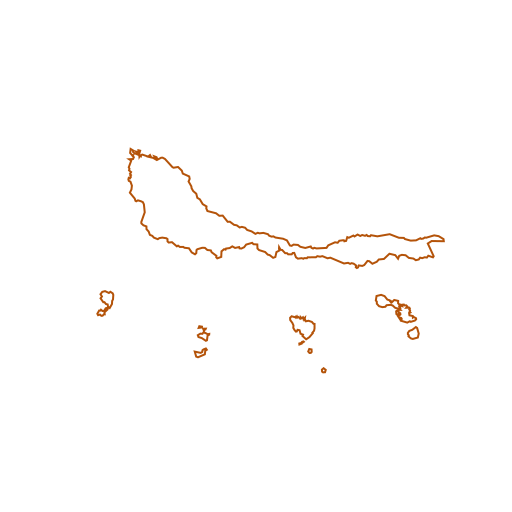 outline of Namatanai District, New Ireland, Papua New Guinea, rotated 145°
{"feature_id": "67681753B4611744074236", "entity_name": "Namatanai District", "entity_type": "district", "adm_level": 2, "iso_a3": "PNG", "parent_name": "Papua New Guinea", "parent_adm1": "New Ireland", "projection": "albers", "projection_center": [152.429, -3.72], "detail": "fine", "context": "isolated", "style": "outline", "palette": "amber", "viewbox_px": 512, "rotation_deg": 145, "n_neighbors": 0, "source": "geoboundaries", "source_scale": "gbopen_adm2", "svg_char_len": 6172}
<svg xmlns="http://www.w3.org/2000/svg" viewBox="0 0 512 512"><g transform="rotate(145 256 256)"><path d="M92.7,162.3L95.0,167.5L98.2,170.7L106.2,173.4L107.0,174.3L109.1,174.4L110.9,175.3L111.2,176.3L115.9,177.0L120.5,179.9L124.3,184.5L124.5,186.0L128.5,189.0L134.0,197.2L145.3,202.5L149.9,207.1L151.2,206.7L153.1,208.3L153.3,209.8L155.1,210.0L157.0,212.3L159.1,212.6L160.5,215.3L164.1,215.5L164.5,216.9L169.5,217.7L170.4,219.1L173.5,216.7L175.2,217.4L175.0,218.5L175.9,219.1L179.0,220.7L181.5,220.0L183.4,221.9L190.7,223.3L193.6,222.2L202.1,227.5L203.6,229.3L205.0,229.4L205.9,230.9L205.7,232.4L211.0,234.3L214.4,238.1L215.3,241.0L218.7,243.8L221.0,243.9L222.2,245.2L221.7,251.0L223.9,254.6L229.5,260.0L230.5,262.1L232.1,262.9L233.6,265.1L233.7,267.0L236.7,270.7L240.2,272.6L241.2,274.0L243.8,274.5L245.5,278.7L248.3,282.4L248.7,285.4L250.9,288.0L253.0,288.7L254.2,292.2L256.1,294.1L257.7,299.0L259.6,300.3L260.1,308.2L263.0,310.0L264.2,313.9L270.0,320.7L269.4,323.6L268.1,325.0L269.9,329.0L269.5,334.6L270.7,337.3L269.2,341.3L270.2,345.2L269.9,348.4L269.0,350.2L268.5,355.7L266.1,357.2L265.1,359.5L268.7,365.5L267.8,368.5L268.8,373.6L272.9,375.6L273.5,376.8L274.9,387.7L276.1,390.1L277.3,390.9L282.2,391.5L284.0,395.4L286.6,398.3L285.1,398.0L284.9,399.5L287.3,399.3L291.0,404.3L292.3,404.6L293.2,403.6L293.9,404.6L294.5,404.3L293.8,405.5L296.8,410.3L297.0,411.9L295.8,412.2L297.3,415.6L300.0,412.6L299.7,409.9L298.7,409.1L299.7,408.5L299.4,407.0L301.1,406.0L304.4,408.0L303.5,405.7L309.4,401.6L309.6,400.0L310.9,399.0L310.2,396.4L312.1,395.6L312.0,394.0L313.0,393.8L313.2,392.5L314.7,391.9L315.4,393.0L316.6,392.0L317.1,390.5L316.2,388.9L317.3,384.8L319.8,382.0L323.0,380.2L322.4,372.6L323.1,370.3L322.7,369.5L320.8,369.3L318.8,366.8L317.8,365.0L318.2,362.6L322.1,355.6L330.5,349.6L331.2,348.4L330.6,345.7L328.8,343.1L330.3,340.8L329.9,337.6L330.8,334.2L329.4,332.0L329.1,329.6L326.8,326.1L324.9,326.1L322.2,324.8L319.2,321.9L318.8,320.6L320.1,318.7L319.8,317.1L316.9,315.5L315.3,309.3L313.9,309.2L313.2,307.1L310.4,305.2L309.9,303.8L306.5,300.8L306.6,295.8L305.0,292.4L303.3,292.6L301.3,295.0L300.2,295.2L295.4,293.6L293.2,292.0L292.4,288.8L289.8,286.5L290.2,284.5L288.3,278.8L289.3,277.8L289.1,276.3L285.0,275.2L281.6,279.6L278.2,279.9L277.3,278.7L276.3,279.3L273.0,277.6L269.9,277.5L268.5,274.6L264.7,273.0L265.1,271.7L263.7,270.5L260.7,270.0L257.5,271.0L251.6,269.0L251.3,267.1L248.3,264.7L250.5,261.3L250.1,259.1L246.2,254.0L245.6,250.4L244.3,248.9L243.0,244.7L240.7,244.1L237.0,247.5L233.8,247.1L232.9,248.9L232.0,250.0L232.3,247.0L231.1,245.9L230.5,241.6L228.9,240.4L228.7,238.9L225.8,236.9L224.2,237.4L222.9,236.6L224.0,232.0L223.2,229.8L219.8,228.0L218.8,226.6L217.7,226.6L215.6,225.0L214.5,225.3L207.6,220.6L205.9,220.7L203.9,218.7L201.7,217.8L198.7,213.1L196.1,212.0L188.2,199.4L184.5,197.6L183.4,195.6L181.8,195.3L180.4,193.7L179.4,190.7L180.7,189.6L180.3,188.3L179.0,188.1L177.2,189.3L174.6,186.9L172.5,186.5L167.5,188.0L166.2,186.8L165.1,182.9L160.4,182.0L157.4,182.7L152.9,180.2L145.4,181.3L141.4,176.8L141.2,172.3L138.6,174.0L135.9,173.3L133.0,170.8L131.9,166.8L128.5,163.6L127.5,160.9L124.7,159.8L122.5,160.5L121.1,158.9L118.5,158.2L116.9,156.7L114.7,157.4L111.8,153.4L110.6,153.9L108.1,167.7L103.5,167.5L93.7,160.4L92.7,162.3ZM262.7,159.0L258.8,158.9L253.8,160.2L253.8,160.8L251.3,161.5L249.6,163.1L247.0,166.8L247.8,167.5L248.0,169.9L250.2,172.9L252.6,173.9L252.4,175.2L253.1,175.5L251.3,177.4L253.3,177.1L252.7,178.9L254.4,178.9L254.5,179.8L255.0,179.0L255.8,179.2L256.1,181.6L257.3,181.8L257.1,183.1L258.6,182.6L258.6,183.6L259.2,183.5L261.4,186.2L263.5,185.8L264.7,183.9L264.6,180.4L265.1,177.7L266.7,175.7L266.9,173.4L266.7,171.2L265.9,170.8L264.3,171.7L262.9,170.2L264.1,166.8L262.6,164.6L263.8,163.9L262.7,159.0ZM162.9,112.0L161.1,112.3L160.6,113.2L161.8,115.6L162.8,115.6L162.0,116.9L164.3,119.4L163.3,121.5L161.9,121.2L162.0,122.4L161.1,122.9L161.1,124.3L160.2,124.5L160.0,125.7L162.6,127.4L161.0,127.8L161.2,129.4L162.8,130.4L162.7,131.4L164.1,132.2L164.8,131.1L165.5,132.9L166.4,131.7L167.4,131.9L167.9,130.1L168.9,130.1L168.7,129.1L170.4,130.3L171.1,129.1L172.3,130.5L173.0,130.2L174.3,127.9L174.0,126.7L172.0,126.9L171.3,128.4L170.7,126.3L171.2,125.4L172.3,125.8L172.8,124.3L172.6,125.9L174.2,125.4L174.3,121.9L173.2,122.7L172.6,121.9L172.7,120.9L174.3,119.7L170.3,114.7L167.4,114.3L167.0,113.3L162.9,112.0ZM169.2,130.7L168.0,131.0L167.6,132.7L166.4,133.0L166.7,135.8L165.3,137.7L168.0,140.7L171.1,140.2L171.3,141.4L172.0,140.8L172.2,143.5L173.4,144.9L173.7,149.4L175.8,152.4L180.2,154.1L183.4,150.8L183.2,149.4L184.4,147.6L184.0,144.3L181.8,141.6L179.1,140.2L177.3,140.8L173.8,138.8L172.5,137.2L171.7,133.7L169.2,130.7ZM407.6,310.5L407.6,305.7L406.6,305.1L406.5,302.8L405.3,301.4L406.4,299.2L405.7,297.3L401.5,299.3L399.6,301.7L398.0,302.5L395.2,306.0L394.8,307.6L395.8,310.2L397.7,310.1L399.8,313.8L402.5,314.8L405.3,313.9L405.4,311.2L407.6,310.5ZM175.1,98.1L170.2,96.4L167.2,99.1L165.3,104.6L165.8,106.1L170.3,105.9L173.4,106.7L175.7,105.9L176.5,104.7L176.3,103.4L177.2,102.7L176.3,99.5L175.1,98.1ZM347.5,219.9L345.7,215.3L344.5,215.1L341.3,218.6L339.5,218.4L339.0,219.0L340.4,219.6L342.5,223.7L344.5,223.0L346.1,224.3L349.1,224.5L349.6,222.6L347.5,219.9ZM361.6,206.3L354.3,204.8L351.9,207.5L350.1,207.4L350.1,209.0L352.6,209.6L353.9,209.5L355.1,208.2L356.9,208.4L361.0,212.8L362.7,207.9L361.6,206.3ZM414.0,295.5L413.4,295.0L412.4,296.8L408.4,297.3L406.8,298.6L409.1,299.4L411.9,298.2L413.3,299.0L413.8,300.9L414.7,300.5L415.7,301.3L419.1,299.7L419.3,298.1L417.4,297.5L417.0,295.7L415.9,295.1L414.0,295.5ZM265.0,125.3L267.2,125.1L268.2,123.4L267.8,122.2L266.1,121.2L264.2,122.7L265.0,125.3ZM265.7,149.3L268.0,147.8L267.8,145.9L266.7,145.2L265.4,145.5L264.1,147.6L265.7,149.3ZM294.3,408.4L293.0,406.7L290.5,408.7L291.7,410.1L292.9,408.5L294.3,410.2L294.3,408.4ZM341.0,226.8L341.5,224.6L340.8,225.3L339.6,224.8L338.8,225.3L341.0,226.8ZM344.2,230.0L341.3,228.5L340.8,229.1L342.7,231.0L344.2,230.0ZM282.1,395.9L282.3,394.0L281.1,392.5L280.8,394.0L282.1,395.9ZM271.2,158.6L268.8,158.0L267.9,158.5L270.7,159.5L271.2,158.6ZM267.0,159.1L266.9,158.3L266.0,158.3L266.1,158.8L267.0,159.1Z" fill="none" stroke="#b45309" stroke-width="2"/></g></svg>